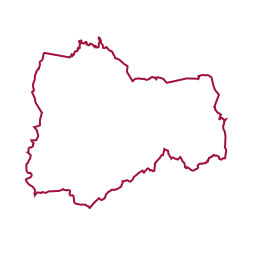 Gbeke, Vallée du Bandama, Ivory Coast, rotated 9°
{"feature_id": "98640826B94469137469464", "entity_name": "Gbeke", "entity_type": "district", "adm_level": 2, "iso_a3": "CIV", "parent_name": "Ivory Coast", "parent_adm1": "Vallée du Bandama", "projection": "natural_earth1", "projection_center": [-5.149, 7.692], "detail": "fine", "context": "isolated", "style": "outline", "palette": "rose", "viewbox_px": 256, "rotation_deg": 9, "n_neighbors": 0, "source": "geoboundaries", "source_scale": "gbopen_adm2", "svg_char_len": 5721}
<svg xmlns="http://www.w3.org/2000/svg" viewBox="0 0 256 256"><g transform="rotate(9 128 128)"><path d="M202.3,157.8L203.1,156.8L203.5,155.8L202.9,154.9L202.7,154.3L202.9,153.7L203.3,153.2L204.6,152.0L205.1,151.8L206.4,152.0L207.6,151.2L208.9,150.7L209.5,150.8L210.9,150.0L211.1,149.7L210.9,149.1L211.0,148.7L212.2,148.5L212.0,147.4L212.0,147.1L212.5,146.8L212.7,144.9L213.4,144.8L214.5,143.4L215.3,143.4L215.5,142.7L216.1,142.3L216.4,141.4L216.6,141.3L217.0,141.1L218.5,141.8L219.3,141.5L220.0,141.4L221.7,142.0L222.4,142.4L222.6,143.3L222.9,144.1L224.0,144.4L224.8,144.3L225.1,144.6L226.5,143.1L227.0,143.0L227.6,143.1L228.5,142.7L228.6,142.3L228.5,135.0L228.2,134.5L227.9,133.3L226.7,132.0L226.6,131.6L226.7,130.0L226.3,126.9L226.0,125.7L226.1,124.8L225.7,122.4L225.7,121.2L225.6,120.5L225.2,119.9L224.6,118.3L224.4,117.1L223.5,115.4L222.8,114.9L222.4,113.8L222.0,113.1L222.0,112.1L221.6,110.9L221.9,110.1L222.3,108.2L222.0,107.7L221.9,107.0L223.2,104.2L222.4,104.6L221.2,104.8L220.7,104.7L220.4,104.5L220.1,103.8L219.2,103.4L217.7,103.8L217.3,105.0L216.8,104.9L216.8,104.6L217.1,103.4L217.0,102.6L217.3,102.1L217.3,101.5L217.8,100.9L217.8,100.4L216.0,99.3L215.6,99.2L214.7,99.3L214.4,99.1L213.9,98.5L213.6,98.4L212.9,97.8L212.2,96.9L211.2,96.1L210.7,93.8L210.0,93.7L212.6,80.8L209.5,78.2L208.3,77.0L207.4,75.8L205.6,72.4L202.6,65.1L200.5,63.9L199.2,63.4L198.2,63.3L196.6,63.8L193.3,64.0L189.4,65.7L189.5,66.1L190.0,66.3L190.2,66.8L189.9,68.5L189.6,68.8L189.0,68.5L183.8,69.1L177.7,70.0L176.4,70.6L159.3,77.3L157.2,75.8L155.9,74.4L153.7,73.6L149.5,73.2L149.0,73.4L148.3,75.4L148.0,75.1L147.7,74.3L147.0,73.8L146.4,74.2L145.6,74.4L144.6,73.8L143.7,73.9L142.0,75.3L141.7,75.6L141.4,76.4L140.7,76.6L138.8,77.6L136.1,76.9L134.2,77.4L131.2,77.3L129.7,77.9L128.3,77.9L127.2,78.5L126.3,79.7L125.7,80.7L125.2,81.1L118.2,72.7L117.8,66.9L114.3,65.5L108.9,62.0L106.2,61.1L105.0,61.3L104.3,61.0L103.8,60.2L103.6,59.2L101.8,57.4L101.4,56.3L101.2,56.0L100.5,55.7L100.2,54.9L99.7,54.6L98.4,54.6L97.6,54.3L95.2,52.6L94.4,51.5L93.8,51.5L92.6,52.6L91.3,52.8L90.9,52.7L90.7,51.9L89.9,49.9L88.6,48.8L87.4,47.0L87.6,46.0L86.9,45.1L86.8,44.6L85.3,43.1L85.0,43.1L84.9,43.3L85.2,44.3L86.1,45.7L86.5,46.8L86.4,48.3L86.0,49.3L86.4,52.5L86.0,52.9L85.6,53.1L84.5,53.3L84.1,53.1L83.3,52.1L82.6,51.9L82.2,52.3L82.2,53.0L80.3,51.5L78.5,50.6L77.4,50.6L77.0,51.8L76.6,52.4L75.4,52.1L74.7,52.2L74.2,51.9L73.9,50.3L73.4,49.6L72.9,49.5L72.6,49.6L72.0,51.0L71.1,51.5L70.0,51.2L68.9,51.5L68.4,49.3L67.9,48.9L66.3,49.8L66.1,50.0L66.2,50.6L67.2,51.7L67.4,52.1L67.5,53.4L67.2,54.1L67.9,56.3L67.4,57.0L67.1,57.2L66.2,56.7L65.8,57.1L65.8,57.4L66.2,58.2L66.3,58.8L65.9,59.9L65.5,60.1L64.3,60.3L63.6,60.8L63.5,61.8L63.2,62.3L63.0,64.1L62.8,64.4L62.3,64.5L60.9,63.9L60.7,64.0L60.8,64.4L61.6,65.2L61.7,65.9L61.1,66.1L59.9,66.2L59.6,66.6L59.4,67.4L33.8,66.9L33.4,67.2L33.0,68.1L33.1,69.5L32.9,71.0L32.9,72.5L32.7,74.1L32.1,75.0L30.9,76.0L30.5,77.0L31.1,79.3L31.1,80.6L30.6,82.0L30.7,82.6L30.7,83.5L29.8,83.9L29.6,84.2L29.6,85.0L28.7,86.4L28.6,86.8L28.8,87.5L27.8,90.7L27.9,91.6L28.1,92.4L28.3,95.0L27.9,96.5L27.8,97.6L27.5,98.5L27.4,100.0L27.8,102.2L28.4,103.7L28.9,104.2L29.1,105.9L28.9,106.3L28.1,106.6L27.6,107.6L31.3,113.3L32.7,117.3L39.6,125.4L40.7,126.2L40.5,126.6L39.8,133.8L40.6,139.1L37.5,140.9L35.2,141.8L38.3,144.5L40.6,149.8L39.3,154.5L34.7,155.2L34.9,155.4L35.2,156.4L37.3,157.9L37.3,158.3L36.9,158.7L36.7,159.3L36.9,160.1L36.9,160.9L36.7,161.2L36.3,161.5L35.7,162.2L34.3,162.5L33.5,163.1L33.2,163.5L33.1,165.0L33.4,166.8L33.4,167.2L33.1,167.6L32.7,167.8L34.1,168.5L34.8,169.3L35.8,169.8L36.2,170.4L36.2,171.5L36.0,173.5L35.0,176.0L34.6,178.2L33.5,179.5L33.3,180.4L33.7,181.8L34.1,184.7L35.1,187.0L35.9,187.7L37.1,188.1L37.6,188.1L38.4,187.6L39.5,188.2L39.9,188.6L40.3,189.8L40.2,190.4L39.3,192.0L39.0,192.4L37.3,193.2L35.4,194.5L35.2,195.0L35.4,195.5L36.0,196.4L38.4,198.8L39.4,199.5L42.8,200.8L44.1,201.9L45.8,203.7L46.2,204.6L45.9,206.3L45.8,207.4L46.5,209.0L46.8,208.3L48.5,205.9L48.9,205.8L52.5,205.7L53.3,204.7L57.1,204.9L59.5,203.0L62.9,202.4L70.1,200.8L72.4,199.4L73.5,198.5L74.4,199.2L74.8,199.2L75.8,198.9L76.9,199.3L78.1,198.7L80.1,198.7L80.9,200.1L80.5,202.5L81.5,203.7L83.8,203.1L84.9,203.9L86.3,209.0L87.0,210.4L88.5,210.9L93.5,211.2L93.9,211.0L95.5,210.6L97.5,210.6L97.8,210.4L98.2,210.4L99.8,211.5L100.3,211.5L101.0,211.4L101.5,211.7L102.0,212.7L102.7,212.9L102.9,212.8L105.9,207.6L106.7,206.6L107.5,205.4L109.6,203.0L110.1,201.9L112.0,202.9L113.0,203.3L113.4,203.2L115.5,201.5L115.6,201.1L115.9,201.0L116.1,200.6L116.1,199.7L116.6,198.2L116.6,197.2L117.5,196.1L118.1,194.8L119.0,193.8L120.4,193.2L120.7,192.3L121.9,191.3L123.9,191.5L124.6,190.8L125.9,190.7L130.2,187.2L130.5,186.7L130.5,185.5L131.0,184.2L131.2,183.2L130.9,181.3L132.7,181.2L133.7,180.3L135.3,179.9L135.7,179.7L137.4,180.6L138.9,180.5L139.4,179.7L140.6,178.5L141.4,175.5L144.3,172.4L145.0,171.2L145.6,170.8L148.9,167.8L149.6,168.4L150.3,169.4L150.8,169.7L151.0,169.5L150.9,168.9L151.0,168.5L152.1,167.3L153.2,165.5L154.2,164.7L155.0,165.0L155.8,166.0L156.4,166.5L156.8,166.5L157.2,166.0L158.0,165.9L159.3,166.8L160.7,166.2L160.6,164.2L160.4,163.2L160.6,160.7L160.0,158.9L161.2,157.3L161.6,156.1L162.1,155.7L162.8,154.4L163.9,153.0L165.4,149.6L166.8,149.4L167.2,143.1L168.6,143.9L169.7,144.0L170.4,143.9L171.2,144.3L171.9,147.2L172.4,147.4L174.0,149.9L175.8,150.7L175.8,151.2L176.8,150.2L177.5,150.1L179.1,150.9L180.5,151.1L182.0,151.4L184.2,148.5L187.4,152.6L187.8,153.0L188.6,153.3L189.1,153.8L190.0,155.9L190.3,157.7L190.8,158.1L191.7,158.6L191.9,158.5L192.2,157.5L192.5,157.5L193.0,158.0L193.7,157.9L194.7,158.2L195.7,159.1L196.3,159.2L197.6,159.8L198.5,160.0L199.8,159.6L200.6,158.6L201.7,157.9L202.3,157.8Z" fill="none" stroke="#9f1239" stroke-width="2"/></g></svg>